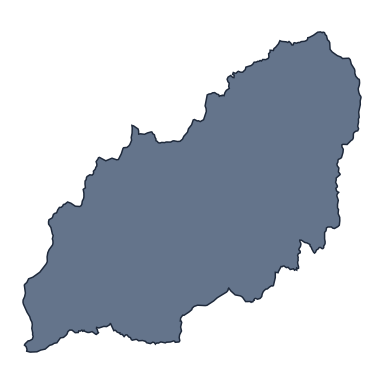 Angostura, Antioquia, Colombia (Natural Earth projection)
{"feature_id": "7082276B23180576044549", "entity_name": "Angostura", "entity_type": "district", "adm_level": 2, "iso_a3": "COL", "parent_name": "Colombia", "parent_adm1": "Antioquia", "projection": "natural_earth1", "projection_center": [-75.338, 6.869], "detail": "fine", "context": "isolated", "style": "filled", "palette": "slate", "viewbox_px": 384, "rotation_deg": 0, "n_neighbors": 0, "source": "geoboundaries", "source_scale": "gbopen_adm2", "svg_char_len": 5899}
<svg xmlns="http://www.w3.org/2000/svg" viewBox="0 0 384 384"><path d="M25.2,343.7L24.4,345.1L26.1,346.6L27.0,349.4L26.7,351.2L30.1,352.1L37.0,351.8L40.7,350.1L45.2,349.1L49.6,345.3L52.0,344.7L54.2,343.3L56.9,342.8L60.4,337.9L63.5,337.4L66.0,335.3L67.0,334.1L67.9,331.6L69.6,330.1L72.0,330.1L75.2,332.7L78.3,332.5L78.8,330.9L80.3,331.1L81.9,330.1L82.7,331.3L83.2,331.2L84.0,330.3L84.7,331.3L87.4,332.4L89.0,332.5L92.1,331.6L95.8,334.3L96.6,334.4L97.1,333.5L97.9,333.3L98.5,332.6L97.8,331.8L97.3,329.6L96.5,328.6L96.6,327.4L98.9,328.0L103.8,326.4L106.6,326.6L109.6,324.8L110.6,323.0L110.5,323.4L113.8,330.7L115.0,330.2L116.1,330.9L117.0,332.0L119.1,332.9L119.8,332.8L119.7,333.3L120.0,333.8L120.7,334.3L122.3,334.4L124.1,336.6L125.6,335.0L126.9,334.8L128.8,337.0L130.4,337.6L131.4,339.7L132.3,340.2L135.9,339.4L136.9,339.5L138.6,340.8L142.6,340.5L145.6,341.4L146.5,342.7L150.4,343.6L152.7,342.2L153.4,342.3L154.3,342.6L155.4,344.1L155.8,343.5L157.1,343.0L158.4,343.1L160.8,341.9L165.3,342.9L166.6,342.2L170.4,342.0L173.7,340.9L174.7,341.3L175.2,342.3L178.7,342.0L179.4,341.6L179.8,340.5L179.2,337.7L179.6,334.8L181.5,331.0L180.6,327.0L181.7,322.5L181.2,321.1L180.3,321.0L180.7,317.9L182.7,315.2L184.0,315.3L189.3,311.8L191.8,309.6L192.2,308.2L194.0,306.5L197.5,305.2L205.3,305.6L207.0,305.3L213.6,301.0L217.3,297.7L226.5,292.1L227.9,290.5L228.3,288.7L228.8,288.1L230.9,291.0L235.2,294.9L240.5,295.9L242.5,297.2L245.6,301.6L250.3,301.5L251.1,302.3L251.9,301.7L252.7,301.9L253.5,300.6L254.1,300.4L253.8,299.9L254.7,298.6L255.7,298.4L257.5,299.2L260.1,298.4L261.7,296.6L262.2,294.1L262.9,292.3L264.0,290.7L265.7,289.2L267.4,288.9L269.4,287.1L271.7,285.7L272.7,286.0L273.4,285.6L275.3,277.6L275.3,272.3L278.1,272.7L278.3,271.8L281.1,266.5L282.2,266.7L283.0,266.1L284.0,266.0L286.3,267.6L288.1,267.3L290.2,269.5L293.5,268.8L294.5,270.2L295.5,269.5L296.7,270.1L296.7,268.0L297.7,268.6L298.5,268.3L298.6,266.9L297.8,264.1L297.6,262.0L298.2,260.2L298.0,259.0L298.2,257.3L297.6,255.5L298.3,253.8L300.2,252.8L300.2,251.2L298.8,249.7L299.2,248.3L300.4,246.6L300.9,244.5L300.8,243.3L299.7,241.0L299.8,240.1L301.4,240.2L304.8,242.5L306.9,242.9L310.0,244.5L310.0,245.8L311.4,247.5L311.7,248.7L313.6,252.2L314.5,253.1L315.4,252.4L316.5,250.0L318.0,249.1L319.2,247.5L320.3,247.4L322.2,248.7L323.0,248.5L323.7,247.7L323.8,245.8L324.7,244.6L325.1,243.4L325.1,241.5L324.6,239.0L324.6,232.4L326.0,230.8L326.5,227.8L327.9,227.0L331.4,227.0L332.9,228.2L334.5,228.5L337.9,226.6L339.3,225.2L339.8,220.8L339.7,217.3L338.1,213.6L338.5,209.5L337.6,208.1L337.5,207.2L337.5,204.4L338.3,200.3L336.8,195.8L337.2,194.1L338.7,192.3L337.0,191.4L336.3,190.1L335.9,188.3L337.3,186.9L337.4,186.0L335.6,182.3L336.2,180.1L336.2,178.0L340.1,174.6L340.0,173.9L338.4,171.9L338.9,168.0L337.3,165.8L336.9,164.1L337.9,162.1L338.0,160.2L338.4,159.4L340.7,158.3L341.5,157.5L343.0,152.4L343.3,149.3L342.0,147.0L341.8,145.0L342.9,144.3L347.1,144.5L351.2,140.4L352.5,139.6L353.3,137.9L353.4,133.9L353.8,132.8L355.6,131.3L357.7,130.8L358.6,128.8L357.7,126.2L358.5,122.3L358.4,119.0L359.2,117.3L358.7,112.1L360.3,104.6L360.2,100.9L361.0,97.6L360.8,96.4L359.7,94.9L358.8,92.4L358.3,89.7L358.3,88.3L359.3,85.2L359.6,82.9L359.4,80.1L359.1,79.3L358.0,78.8L355.8,76.3L354.8,73.1L354.9,71.1L354.5,69.2L351.3,64.1L350.2,59.7L348.8,58.2L342.5,58.5L340.9,57.0L337.4,55.7L332.2,52.0L330.1,49.4L329.7,42.6L328.8,40.9L327.5,39.8L326.4,35.5L325.4,34.9L324.5,32.7L323.8,32.3L322.9,32.2L322.2,32.7L320.5,31.9L317.7,32.2L313.4,35.3L309.3,37.4L307.8,37.7L307.5,39.4L306.5,40.5L304.6,41.3L301.2,41.6L299.8,42.5L298.1,42.5L296.6,43.2L294.3,42.7L293.5,43.3L293.3,44.7L292.9,45.0L291.8,44.9L290.7,43.0L289.0,41.5L287.8,42.5L286.2,41.8L281.6,41.4L279.9,40.7L278.5,43.8L275.6,47.3L274.0,48.5L273.4,50.5L270.1,50.2L270.0,52.4L268.6,53.7L268.9,57.1L268.2,58.4L265.8,59.6L262.7,59.5L261.5,61.0L260.1,60.5L258.9,61.4L257.7,61.3L256.3,62.1L254.1,62.2L252.7,64.3L251.2,65.5L245.9,67.1L245.3,69.6L242.6,72.2L240.5,72.2L238.4,71.3L237.7,71.6L236.1,73.2L235.0,73.2L233.3,72.5L232.6,74.4L234.2,75.2L233.9,77.6L232.7,77.4L230.7,75.5L228.1,77.1L227.1,79.2L228.0,81.8L229.2,83.1L228.7,86.5L229.3,88.4L226.4,90.3L225.0,92.5L224.0,95.7L223.1,95.3L222.5,95.6L222.1,95.2L221.3,95.8L220.3,95.7L219.3,96.3L218.6,94.6L216.9,94.1L214.7,92.6L212.6,92.8L210.9,93.8L209.0,94.0L207.2,94.9L205.1,105.9L206.1,108.6L206.3,111.5L203.6,119.7L200.2,121.6L198.6,120.8L197.2,120.9L194.4,119.5L193.2,120.0L191.6,124.8L188.5,128.7L187.5,132.2L183.9,136.2L182.5,139.2L180.0,141.3L177.5,141.5L173.9,140.8L172.9,140.9L170.6,142.1L166.1,142.0L164.7,142.6L161.7,142.4L160.0,143.0L158.7,142.8L158.1,142.5L157.4,141.5L156.0,140.7L155.9,138.9L155.0,137.3L154.4,134.8L152.8,133.7L151.9,132.0L151.2,131.9L147.5,132.9L144.5,134.3L140.5,133.8L138.7,134.1L138.6,130.9L138.1,129.0L133.6,125.9L131.9,125.4L132.2,127.9L132.1,133.2L131.2,137.5L131.6,140.3L129.8,144.6L128.8,145.9L127.0,147.4L123.7,147.7L123.0,148.4L121.3,153.8L118.4,159.5L116.7,159.8L112.0,158.2L105.8,160.8L99.5,157.4L98.5,157.7L97.9,159.1L96.1,161.6L96.9,164.4L96.7,166.3L95.9,167.1L95.2,169.3L93.4,171.2L93.6,172.8L93.3,173.9L92.1,175.1L89.8,174.8L87.1,176.5L86.5,177.5L86.2,179.6L85.1,181.0L85.0,184.0L85.4,187.8L83.2,189.4L83.9,193.2L83.9,197.1L83.5,198.8L82.3,201.1L81.8,204.4L81.0,205.7L79.8,206.5L75.3,206.2L70.9,203.2L67.6,202.0L65.0,204.1L63.4,204.5L62.7,206.0L61.3,207.3L59.4,207.4L57.8,209.8L56.6,212.8L54.7,213.4L53.4,214.4L52.6,217.1L51.9,218.1L49.0,219.7L48.5,221.8L48.6,224.1L50.9,227.5L52.4,234.0L53.2,235.6L52.3,238.9L52.9,240.6L53.0,243.1L52.6,244.9L49.1,249.7L47.8,252.7L47.1,256.8L47.3,261.3L46.9,262.6L46.0,264.2L39.8,272.2L32.8,277.2L28.6,278.8L26.8,282.5L24.9,284.2L24.3,285.1L25.4,293.1L24.6,296.7L23.1,300.0L23.0,302.2L23.4,304.1L27.1,312.4L29.7,316.6L30.6,319.6L31.9,322.1L32.3,324.7L31.8,328.4L32.7,332.8L32.6,334.7L33.2,336.5L32.3,339.2L29.6,340.7L28.1,340.9L25.2,343.7Z" fill="#64748b" stroke="#1e293b" stroke-width="1.5"/></svg>